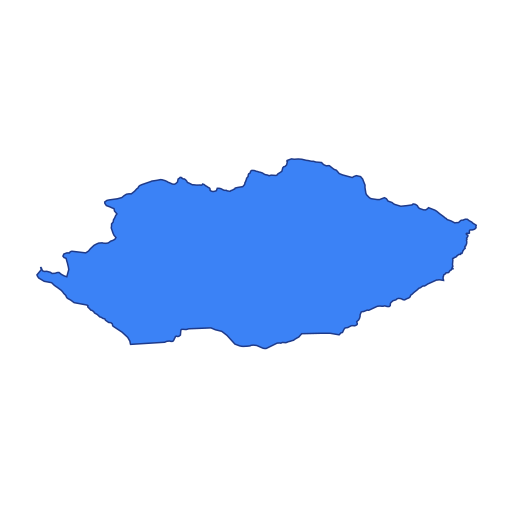 outline of Valle Grande, Jujuy, Argentina, rotated 276°
{"feature_id": "61730980B80142303912096", "entity_name": "Valle Grande", "entity_type": "district", "adm_level": 2, "iso_a3": "ARG", "parent_name": "Argentina", "parent_adm1": "Jujuy", "projection": "equal_earth", "projection_center": [-64.987, -23.464], "detail": "fine", "context": "isolated", "style": "filled", "palette": "blue", "viewbox_px": 512, "rotation_deg": 276, "n_neighbors": 0, "source": "geoboundaries", "source_scale": "gbopen_adm2", "svg_char_len": 6102}
<svg xmlns="http://www.w3.org/2000/svg" viewBox="0 0 512 512"><g transform="rotate(276 256 256)"><path d="M353.8,276.8L353.7,277.4L349.7,276.9L349.1,276.3L348.2,275.7L347.6,274.2L346.5,273.4L343.1,272.9L341.9,271.7L340.0,269.2L338.7,268.4L338.2,267.5L338.0,262.6L337.2,260.6L337.7,259.1L337.9,256.6L338.5,255.1L339.2,253.8L339.7,251.7L339.8,250.2L340.2,248.7L340.3,247.2L340.8,245.7L340.8,244.0L340.6,242.6L339.7,241.8L338.0,241.5L336.9,240.1L335.7,239.8L334.3,239.9L332.3,238.5L331.1,238.5L330.6,238.2L328.9,237.9L328.1,237.4L326.4,237.3L325.6,237.0L323.6,235.6L322.3,230.8L321.4,228.2L320.3,227.7L319.9,226.7L319.1,225.8L318.5,224.3L318.0,223.9L317.6,223.4L317.8,220.3L318.2,219.8L318.0,217.3L319.3,214.0L319.5,212.1L319.3,210.4L316.9,209.8L316.2,208.6L315.6,206.5L315.8,204.8L316.5,203.5L317.8,203.3L318.6,202.8L319.0,202.0L319.5,200.7L320.3,199.5L320.4,198.8L321.7,196.8L322.0,195.4L321.2,195.0L320.6,194.0L320.8,193.1L320.5,191.2L320.3,189.7L320.3,186.5L320.2,185.2L321.4,182.1L322.0,180.1L323.2,179.3L324.5,177.9L325.2,176.5L325.0,175.7L325.6,174.1L326.2,173.9L326.3,172.4L325.4,171.7L324.4,170.5L321.4,170.2L319.6,168.6L318.8,167.3L318.8,165.4L319.9,162.1L320.1,161.0L320.8,159.7L321.5,157.5L322.0,154.6L322.0,153.1L320.9,149.5L319.6,144.5L319.1,143.7L315.2,135.3L314.0,133.2L312.9,132.1L311.4,131.6L310.2,130.3L307.6,128.4L304.8,125.5L304.5,122.9L303.9,120.7L302.2,118.5L300.1,116.5L298.4,112.1L296.4,104.0L295.7,101.9L293.9,99.9L292.5,100.2L290.5,101.9L289.5,105.8L288.8,107.8L288.3,109.8L285.9,110.6L283.3,113.3L281.5,112.2L279.2,111.5L277.1,110.5L274.9,110.4L272.8,109.0L270.7,109.2L268.8,109.1L263.8,111.4L261.8,112.6L259.7,114.8L257.9,113.9L256.7,112.3L255.5,109.8L254.2,108.5L253.4,107.3L252.9,105.2L252.8,102.9L253.0,101.6L252.4,98.2L251.3,96.2L249.7,93.8L246.0,90.6L243.4,88.9L241.3,86.3L241.5,72.4L240.8,70.8L239.6,70.2L239.3,67.5L237.9,64.7L235.7,64.0L234.4,65.2L233.8,67.4L231.1,68.4L229.5,69.1L225.5,70.5L223.0,71.2L215.6,70.0L216.1,67.5L217.4,64.3L219.0,61.9L218.8,60.1L217.8,58.0L217.3,55.0L218.3,53.2L218.6,51.3L218.9,49.5L218.5,47.1L218.8,45.6L220.2,44.4L221.5,43.9L222.5,42.9L220.0,43.9L214.3,40.1L212.9,40.9L211.4,42.2L208.7,48.0L208.1,55.5L205.8,58.4L204.7,60.3L204.0,61.7L201.5,65.9L200.0,67.6L198.6,68.8L196.9,71.0L195.8,71.5L194.7,72.3L193.9,73.6L192.9,76.1L190.6,80.0L189.6,92.6L189.1,94.0L187.8,94.0L184.8,97.6L184.8,98.5L183.7,100.4L182.5,101.3L181.2,104.3L179.1,107.0L178.9,108.4L177.9,110.4L177.7,112.2L176.4,113.0L174.5,116.4L174.5,118.6L173.5,120.2L172.1,120.6L171.3,121.1L166.3,130.7L161.7,136.9L158.1,139.5L155.3,140.3L155.0,140.5L160.7,174.3L161.3,175.2L161.9,176.5L162.4,178.8L162.2,179.9L162.2,180.9L162.4,181.9L162.9,182.6L164.4,183.3L165.1,183.4L166.3,184.0L167.5,184.3L168.0,185.3L167.7,186.2L167.9,187.2L168.2,187.8L169.5,189.1L174.1,189.0L174.9,189.3L175.3,189.8L175.5,191.5L175.5,193.0L175.6,194.3L176.6,196.8L179.8,218.7L178.4,223.3L177.5,229.8L174.0,235.5L166.2,244.2L164.9,249.2L164.7,251.5L164.8,253.2L165.0,254.2L165.4,256.8L166.0,259.5L166.6,260.3L167.1,262.6L167.1,266.0L165.0,272.7L164.9,274.7L165.2,276.0L171.5,286.0L171.7,286.7L172.0,288.9L171.9,289.8L172.8,291.3L172.9,294.7L173.4,295.8L174.0,296.8L175.0,299.5L175.4,300.2L176.1,302.1L177.4,303.5L178.8,305.4L179.6,306.6L180.3,307.4L180.9,307.7L183.5,309.6L185.9,328.2L186.9,337.9L186.3,346.9L188.5,348.6L189.0,350.0L192.4,351.2L193.8,352.2L194.4,354.7L196.4,357.7L196.8,358.8L196.9,361.5L197.6,362.8L198.4,363.7L199.3,363.8L201.2,363.0L203.2,364.8L205.0,365.5L206.8,365.8L208.5,365.7L211.3,366.5L211.8,367.6L212.0,368.8L213.8,372.2L213.8,373.8L218.6,381.8L219.0,383.3L219.2,384.6L219.2,386.6L219.4,388.0L219.9,389.2L219.5,391.5L219.5,392.9L219.8,394.0L220.8,394.7L222.8,394.6L223.9,395.1L225.9,397.0L227.0,399.7L228.1,400.7L228.7,401.9L228.8,403.6L228.6,405.4L228.1,406.1L227.8,407.9L228.0,408.6L229.2,410.3L230.3,412.4L230.9,413.0L231.6,413.6L232.4,413.7L233.3,414.0L234.4,415.3L236.2,416.8L239.0,419.7L240.0,420.6L240.8,421.1L241.7,422.9L243.2,424.5L243.7,425.5L243.7,426.4L244.0,427.0L244.5,427.8L246.1,429.7L251.1,438.3L251.1,439.3L251.5,440.4L251.5,442.2L251.3,445.1L251.9,445.0L252.5,444.6L253.2,444.4L255.0,444.3L255.6,444.6L256.9,444.7L258.2,446.4L259.0,446.6L259.3,447.4L259.4,448.5L259.8,449.3L260.8,450.0L261.8,450.4L262.1,450.8L262.4,451.5L263.4,452.0L263.9,453.3L264.2,453.2L264.2,452.8L264.5,452.2L266.1,452.6L266.5,452.9L267.1,452.5L268.0,452.3L272.5,452.2L273.6,451.8L274.0,451.9L274.3,452.1L274.3,452.5L274.4,452.8L274.9,453.2L275.2,453.3L275.4,453.7L275.7,454.6L276.1,455.1L276.5,455.6L277.3,455.8L277.8,456.6L278.7,457.4L279.0,459.3L280.0,459.3L280.2,460.6L281.2,460.8L281.8,461.1L282.8,461.2L283.3,461.6L284.5,462.2L285.4,463.2L286.0,463.1L286.5,462.7L287.2,462.7L287.6,462.9L287.8,463.4L288.1,463.6L288.5,463.7L289.5,463.8L289.9,464.1L291.1,464.2L292.8,464.0L293.7,463.6L294.8,464.1L295.8,463.5L297.2,464.4L298.2,464.7L298.9,464.4L299.3,463.1L300.3,462.8L300.7,463.3L300.7,464.6L301.0,465.8L301.3,465.9L301.7,465.7L303.3,465.6L303.7,465.7L304.2,466.1L304.5,467.3L304.4,468.1L304.8,468.8L304.9,469.4L305.4,470.3L305.7,470.8L307.1,471.9L308.1,471.6L309.6,471.8L311.3,468.3L312.3,467.0L313.4,464.3L314.6,462.4L314.5,460.4L313.8,458.9L313.4,458.5L313.0,456.4L312.5,455.7L310.6,454.1L310.3,453.3L310.2,452.1L309.7,450.3L311.3,446.2L312.2,442.3L313.2,441.2L313.6,440.1L314.7,438.6L317.3,434.1L319.4,431.0L320.3,429.1L322.1,422.5L321.0,421.7L319.6,420.0L319.4,417.9L320.4,413.5L321.6,412.1L322.9,411.2L323.6,410.0L324.1,408.8L324.2,406.8L323.1,405.8L321.8,400.5L320.6,394.8L321.8,388.6L322.4,387.2L323.4,385.7L324.4,381.6L326.6,379.7L327.4,377.7L326.9,376.6L325.0,372.9L324.8,370.5L325.0,365.3L325.2,363.9L326.1,362.3L328.5,359.5L329.9,358.7L335.5,357.2L337.9,357.0L342.3,354.7L343.6,354.1L345.9,351.7L346.4,347.4L345.2,344.9L344.1,343.5L345.7,333.6L346.7,330.1L349.7,327.0L350.1,325.4L350.5,324.2L353.5,319.5L353.4,318.2L353.0,316.6L353.7,314.2L354.8,312.5L355.8,311.5L355.8,309.4L355.7,305.7L356.2,303.3L356.0,301.3L356.4,297.8L356.4,296.0L357.0,291.5L356.9,287.8L356.2,283.9L356.3,281.1L354.3,277.0L353.8,276.8Z" fill="#3b82f6" stroke="#1e3a8a" stroke-width="1.5"/></g></svg>